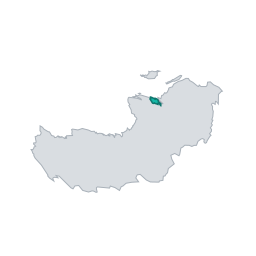 Nyköping, Södermanland, Sweden shown in context, rotated 217°
{"feature_id": "70781695B52980930896753", "entity_name": "Nyköping", "entity_type": "district", "adm_level": 2, "iso_a3": "SWE", "parent_name": "Sweden", "parent_adm1": "Södermanland", "projection": "equal_earth", "projection_center": [16.866, 58.841], "detail": "fine", "context": "in_parent", "style": "filled", "palette": "teal", "viewbox_px": 256, "rotation_deg": 217, "n_neighbors": 0, "source": "geoboundaries", "source_scale": "gbopen_adm2", "svg_char_len": 4750}
<svg xmlns="http://www.w3.org/2000/svg" viewBox="0 0 256 256"><g transform="rotate(217 128 128)"><path d="M59.3,162.9L60.1,164.7L62.1,164.4L63.0,163.2L64.1,159.5L62.9,155.4L64.7,153.9L65.9,151.7L68.7,151.0L72.3,148.4L72.8,145.8L73.7,143.8L70.8,138.0L70.6,136.5L75.3,135.8L77.4,132.0L74.3,129.5L69.5,127.2L71.4,119.9L69.5,116.0L69.8,114.4L69.6,111.9L70.8,110.8L68.6,107.2L71.0,104.7L70.7,103.4L77.6,98.4L82.1,97.5L90.3,98.3L92.3,96.3L92.4,95.3L91.7,92.8L87.1,91.4L92.3,87.0L96.3,82.7L97.1,78.7L98.1,77.0L97.2,73.0L102.5,72.6L107.2,71.0L106.6,68.9L117.0,62.5L117.3,61.3L116.5,60.3L114.1,58.3L114.8,57.4L117.6,56.9L118.9,56.1L121.0,53.1L126.6,50.9L132.8,52.4L135.5,49.8L135.3,46.3L137.5,45.9L154.0,48.1L156.8,46.8L153.9,46.1L156.7,44.7L157.5,43.8L157.8,42.8L157.6,42.3L155.3,41.0L160.5,40.8L163.3,41.4L163.6,42.2L175.0,46.3L183.9,48.0L186.5,49.2L187.5,50.5L188.9,50.6L190.6,51.8L192.4,52.5L191.0,53.4L191.1,55.3L191.6,56.2L190.8,57.9L193.8,58.4L194.3,59.4L192.8,60.5L193.0,61.6L196.9,65.2L196.0,66.4L195.8,67.9L194.1,69.0L193.9,70.1L194.3,71.6L194.9,72.3L196.6,72.8L199.5,76.8L196.7,77.1L194.5,76.5L189.6,77.0L188.3,77.6L184.5,76.0L182.3,76.9L180.8,76.2L179.6,77.5L179.4,79.2L177.6,79.1L178.3,79.8L175.8,80.0L175.7,80.3L176.2,80.7L175.5,81.3L172.1,81.5L171.7,82.1L172.7,82.8L172.7,83.2L170.5,82.6L172.0,83.9L172.4,84.8L167.8,88.6L169.4,89.6L170.7,91.8L172.1,92.8L171.6,93.8L166.8,96.3L164.2,100.1L158.2,102.6L155.1,103.2L153.0,105.1L150.6,104.5L150.6,105.5L149.0,104.9L147.8,106.5L145.6,107.9L143.2,107.6L142.9,107.9L143.7,108.3L140.9,108.6L140.1,110.1L138.1,110.4L137.7,110.9L139.8,111.0L139.4,112.2L137.0,112.8L136.2,113.5L135.1,113.5L135.3,112.9L133.8,112.9L133.3,112.3L133.0,112.4L134.0,114.4L133.3,115.1L134.7,115.9L130.4,117.8L127.8,117.1L127.5,117.6L128.1,119.3L130.3,120.6L129.0,121.4L127.5,125.3L128.5,127.6L125.5,127.1L125.7,128.0L124.8,129.1L125.2,130.6L124.9,131.6L125.6,132.5L125.2,132.9L125.6,137.2L126.5,139.1L126.2,140.5L127.4,141.3L130.0,141.5L130.8,142.7L134.1,142.0L136.4,144.4L140.9,146.5L140.7,147.8L143.6,148.8L145.2,150.6L145.9,152.2L145.7,153.1L141.3,155.7L137.9,157.5L134.3,158.5L134.5,158.9L136.3,159.1L140.5,157.9L141.8,159.0L139.5,159.5L139.0,161.0L138.0,161.9L128.6,165.4L127.4,166.4L123.1,168.2L115.5,168.0L114.4,168.4L120.9,169.1L122.5,170.4L119.4,171.2L120.7,174.3L119.9,175.0L119.9,178.4L118.7,178.5L118.2,179.9L118.8,183.3L119.4,184.3L119.1,185.2L117.3,187.6L117.9,190.4L115.8,195.5L113.5,198.5L111.6,202.5L109.6,203.9L107.3,203.0L103.8,203.5L97.4,203.3L96.6,203.7L97.0,205.2L94.7,205.0L90.6,208.1L90.5,209.6L92.0,212.5L90.0,214.4L85.7,214.0L79.9,215.2L74.8,214.2L75.5,213.2L76.0,209.3L70.3,201.5L73.0,202.3L74.2,201.9L72.6,199.3L74.9,199.1L75.7,198.2L75.3,196.8L73.4,196.1L71.8,193.8L70.0,192.7L67.1,188.1L66.0,185.0L64.9,185.3L64.1,181.7L62.5,181.2L62.3,177.6L60.5,177.2L59.4,175.6L59.4,172.5L57.3,172.1L57.6,170.6L57.1,165.3L56.5,163.6L57.1,162.4L58.2,162.2L59.3,162.9ZM147.4,179.5L146.4,179.9L145.9,180.9L144.4,181.4L144.2,184.5L145.5,185.7L144.1,186.2L143.1,187.9L140.6,189.0L139.5,190.1L139.0,191.6L136.8,192.5L138.4,190.2L136.2,187.5L136.8,186.5L136.6,183.5L141.2,179.6L143.3,179.2L144.2,179.6L144.6,178.6L145.3,178.4L147.4,179.5ZM117.9,201.5L116.7,202.1L116.4,201.2L116.5,197.5L119.1,193.1L120.2,192.7L123.3,186.8L123.7,186.4L124.8,186.8L124.0,187.4L124.0,188.4L122.0,191.5L121.5,193.6L120.8,194.1L117.9,201.5ZM148.3,178.3L148.1,179.2L146.9,178.5L148.0,177.5L150.3,177.8L148.3,178.3ZM142.7,156.1L141.2,157.5L140.9,156.9L141.2,156.3L142.7,156.1ZM139.5,163.0L138.8,163.1L139.3,162.2L140.3,162.0L139.5,163.0Z" fill="#d9dde1" stroke="#a8b0b8" stroke-width="1"/><path d="M120.6,168.3L120.9,168.4L121.3,168.4L121.7,168.5L122.1,168.6L122.6,168.4L123.2,168.4L123.5,168.3L123.8,168.2L124.2,168.1L124.3,168.0L124.2,168.0L124.0,167.9L123.8,167.7L123.5,167.5L123.5,167.3L123.8,167.2L124.2,167.3L124.8,167.3L125.1,167.3L125.4,167.1L126.2,166.9L126.8,166.8L127.3,166.8L128.4,166.4L128.6,166.3L128.3,166.0L128.3,165.7L128.0,165.4L127.5,165.2L127.4,164.9L127.6,164.8L127.9,164.6L127.6,164.2L127.2,164.1L126.8,164.0L126.3,163.8L125.9,163.6L125.2,163.4L124.8,163.3L124.4,163.0L123.9,162.8L123.6,162.7L123.0,162.7L122.6,162.9L122.2,163.2L122.1,163.5L122.0,163.9L121.7,163.9L121.2,163.9L120.7,164.0L120.3,164.4L119.8,164.4L119.5,164.5L119.3,164.6L118.8,164.7L118.6,164.7L118.4,164.8L118.7,165.0L119.1,165.2L119.1,165.4L119.1,165.6L118.8,165.7L118.7,165.9L118.6,166.0L118.3,166.2L117.7,166.2L117.2,166.1L116.8,166.0L116.3,165.9L116.0,165.7L115.7,165.6L115.3,165.6L115.4,165.8L115.5,166.0L116.0,166.3L116.3,166.5L116.2,167.0L116.5,167.1L117.0,167.2L117.7,167.2L118.0,167.2L118.6,167.1L118.9,167.3L119.3,167.4L119.6,167.6L120.1,167.7L120.4,167.9L120.6,168.2L120.6,168.3Z" fill="#14b8a6" stroke="#0f766e" stroke-width="1.5"/></g></svg>